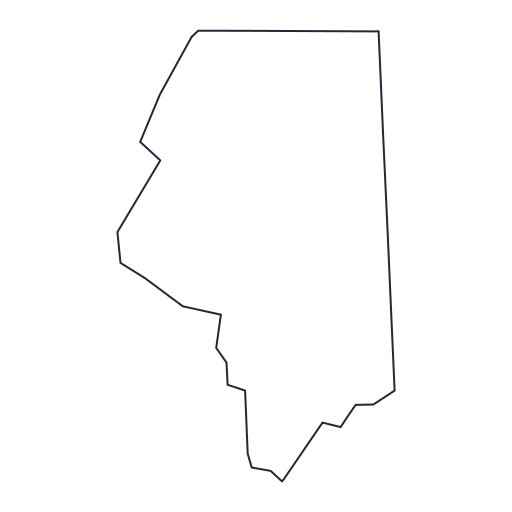 Lackawanna, Pennsylvania, United States of America (orthographic projection)
{"feature_id": "52423323B11679066299223", "entity_name": "Lackawanna", "entity_type": "district", "adm_level": 2, "iso_a3": "USA", "parent_name": "United States of America", "parent_adm1": "Pennsylvania", "projection": "orthographic", "projection_center": [-75.639, 41.402], "detail": "fine", "context": "isolated", "style": "outline", "palette": "slate", "viewbox_px": 512, "rotation_deg": 0, "n_neighbors": 0, "source": "geoboundaries", "source_scale": "gbopen_adm2", "svg_char_len": 493}
<svg xmlns="http://www.w3.org/2000/svg" viewBox="0 0 512 512"><path d="M117.4,232.1L120.5,262.9L145.0,278.2L182.8,306.3L220.9,314.7L216.2,347.9L226.5,362.6L227.6,384.8L245.1,390.6L247.7,453.7L251.7,467.5L270.7,470.9L281.9,481.3L283.4,479.8L322.5,422.6L340.6,427.1L348.9,414.6L355.6,404.9L373.4,404.5L394.6,390.6L387.7,233.6L383.0,132.4L378.6,31.3L373.8,31.4L245.7,30.8L198.2,30.7L191.7,36.8L159.9,94.5L140.2,141.9L160.3,160.4L117.4,232.1Z" fill="none" stroke="#1e293b" stroke-width="2"/></svg>